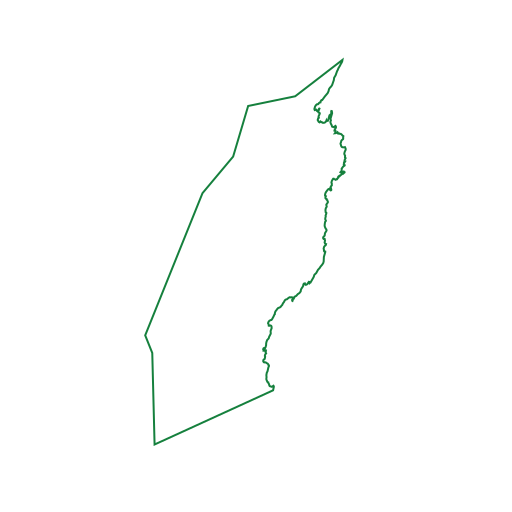 the district of Sveitarfélagið Vogar, Suðurnes, Iceland, rotated 117°
{"feature_id": "244011B53257850023541", "entity_name": "Sveitarfélagið Vogar", "entity_type": "district", "adm_level": 2, "iso_a3": "ISL", "parent_name": "Iceland", "parent_adm1": "Suðurnes", "projection": "natural_earth1", "projection_center": [-22.291, 63.982], "detail": "fine", "context": "isolated", "style": "outline", "palette": "green", "viewbox_px": 512, "rotation_deg": 117, "n_neighbors": 0, "source": "geoboundaries", "source_scale": "gbopen_adm2", "svg_char_len": 5959}
<svg xmlns="http://www.w3.org/2000/svg" viewBox="0 0 512 512"><g transform="rotate(117 256 256)"><path d="M367.9,179.8L364.5,180.7L364.0,181.0L363.7,181.6L365.1,182.3L365.4,182.6L365.6,184.2L365.7,184.6L365.5,185.1L364.7,185.9L364.3,186.1L363.7,187.2L363.0,187.7L363.1,188.3L363.0,188.7L361.4,190.6L360.8,191.0L359.2,191.6L357.4,192.7L355.1,193.4L353.5,193.4L349.6,194.4L348.1,194.5L347.8,194.7L347.7,195.2L347.4,195.5L347.2,195.5L346.6,196.7L346.6,197.8L346.4,198.6L346.4,198.9L346.6,199.4L346.6,199.8L347.0,200.2L347.1,200.8L346.9,201.0L346.7,201.6L346.3,201.9L345.2,202.2L344.7,202.1L344.1,201.6L343.5,201.6L341.6,202.1L341.1,202.7L340.5,202.9L339.6,203.1L338.1,202.8L337.6,203.6L336.9,204.0L336.0,204.0L335.8,204.2L336.3,204.5L336.0,204.9L336.5,205.2L336.6,205.7L336.8,206.1L335.8,206.2L335.4,206.3L335.4,206.6L335.9,206.7L336.1,206.9L336.1,207.1L335.1,207.4L334.7,207.3L334.3,207.0L334.2,206.4L334.0,206.1L332.9,206.1L330.9,206.5L329.2,207.3L327.7,207.7L325.8,207.9L324.8,207.6L323.6,207.3L322.1,207.6L318.6,207.6L318.1,207.8L316.5,208.8L315.9,209.0L313.2,209.3L311.7,210.2L311.3,210.8L311.3,211.6L311.7,212.1L312.1,212.4L312.3,213.0L311.2,213.7L310.5,214.7L309.7,214.9L308.6,214.9L307.5,214.6L306.4,213.8L306.1,213.3L305.3,213.0L301.9,212.9L299.9,213.0L299.2,212.8L298.6,213.2L297.0,213.5L296.2,213.5L295.0,213.2L294.0,213.1L292.4,212.7L290.8,211.3L289.9,210.9L289.0,210.8L287.7,210.4L286.0,210.5L284.4,210.2L282.7,210.2L281.8,210.0L281.3,209.7L280.5,208.8L278.8,208.1L277.9,207.6L277.4,207.2L277.3,206.6L276.8,206.0L276.4,204.9L276.4,204.7L276.6,204.4L277.4,203.8L277.6,203.6L277.6,203.4L277.0,203.0L274.7,203.1L273.2,202.0L271.1,201.5L269.3,200.5L267.3,200.1L265.8,200.6L264.5,200.7L262.0,200.4L261.3,200.4L259.7,200.9L259.0,200.8L258.6,200.6L258.2,200.0L259.0,199.4L259.1,199.1L259.1,198.5L258.1,197.7L257.5,197.5L255.0,197.2L254.9,196.8L255.1,196.6L256.1,196.4L256.2,196.0L255.3,195.8L255.1,195.7L254.9,195.4L249.3,195.1L248.1,195.1L246.8,195.4L246.1,195.4L243.9,194.6L240.2,194.5L237.7,193.8L236.2,193.7L233.7,193.1L231.8,192.9L230.2,193.2L226.0,195.1L220.9,196.1L220.6,196.3L221.0,197.1L220.6,197.8L220.0,198.0L218.7,199.1L216.9,199.5L215.8,199.3L214.7,198.8L213.6,199.0L213.7,199.4L213.6,200.0L212.8,201.0L210.9,201.5L210.5,202.0L209.7,202.4L209.6,202.6L210.1,203.5L209.7,204.2L209.2,204.5L208.3,204.6L207.2,204.2L206.8,204.1L206.2,204.2L205.3,204.6L204.2,204.9L201.8,204.7L201.0,204.8L200.3,205.5L200.0,206.3L198.7,207.9L198.0,208.5L197.2,208.9L195.6,209.5L194.1,209.9L193.1,209.7L192.9,209.7L191.8,211.0L190.9,211.4L188.9,211.9L188.5,212.3L188.2,212.4L186.4,212.6L185.9,212.8L185.6,212.9L185.5,213.2L185.5,213.6L185.4,213.8L183.5,215.0L181.8,215.5L180.0,215.4L179.6,215.6L178.9,216.3L178.2,216.7L176.4,216.4L175.2,216.4L174.9,216.8L173.9,217.8L173.9,218.1L173.8,218.5L173.2,218.9L173.3,219.4L173.0,220.3L172.2,220.8L171.0,220.9L171.0,221.6L170.8,221.9L170.5,222.1L169.4,222.5L167.9,222.7L166.8,222.6L164.1,222.1L163.5,221.8L162.9,221.2L163.0,220.6L163.4,220.3L163.3,219.9L163.6,219.4L163.3,219.2L163.2,218.9L162.9,218.9L161.8,219.8L162.4,220.3L162.1,220.5L161.7,220.7L160.0,220.9L158.7,220.5L156.8,221.5L156.6,221.9L156.2,222.2L154.7,222.5L152.6,222.4L152.1,222.3L151.8,221.8L152.0,221.3L151.9,220.6L151.8,220.1L152.0,219.7L151.9,219.5L151.3,219.3L150.8,219.0L150.7,218.6L149.7,218.6L149.0,218.3L148.4,218.7L147.6,218.6L146.8,218.2L147.1,217.8L146.9,217.7L146.5,217.7L143.9,216.5L143.4,216.1L143.3,215.8L143.0,215.7L142.1,215.4L141.6,215.1L141.1,215.1L141.0,215.5L142.5,215.9L141.5,216.1L141.5,216.3L142.1,216.4L143.0,216.3L143.2,216.5L143.3,217.0L142.4,217.1L142.9,217.4L142.9,217.5L142.6,218.0L142.5,218.3L143.1,218.6L143.1,218.8L142.8,218.8L141.7,218.5L141.1,218.4L140.2,218.8L139.5,219.3L138.2,219.2L136.6,218.9L135.1,218.1L134.8,218.2L134.8,219.2L134.6,219.4L133.4,219.7L132.3,219.6L132.6,219.9L132.6,220.0L130.6,220.3L130.4,220.6L128.1,220.6L127.9,221.4L126.1,222.2L125.4,223.3L124.5,223.9L122.6,224.3L120.8,224.3L120.1,224.6L119.5,225.0L118.6,226.2L119.1,226.7L119.7,227.9L119.9,228.8L119.7,229.5L119.1,230.3L118.7,230.5L118.2,231.1L117.7,231.6L117.3,231.8L116.1,231.9L114.6,232.3L113.7,232.1L112.4,231.5L112.0,231.5L111.2,232.0L109.5,232.6L109.4,233.4L109.4,233.7L108.9,234.7L108.7,235.9L109.1,236.7L109.0,237.6L109.7,238.3L109.5,238.9L108.8,239.3L108.7,239.5L109.4,239.7L110.1,240.6L110.4,240.8L110.8,241.4L110.1,241.3L108.5,241.8L108.4,242.0L108.6,242.4L108.7,243.0L107.3,243.3L106.7,243.1L105.2,243.1L104.6,243.4L104.1,244.0L104.0,244.3L105.4,244.9L105.9,245.2L105.9,245.8L106.2,246.5L106.2,246.9L104.8,248.3L104.2,249.3L103.2,250.3L102.5,250.7L101.2,250.8L100.0,251.9L94.2,253.0L92.5,254.2L92.6,254.7L92.8,254.7L92.9,254.1L93.5,253.7L94.1,253.8L95.0,254.4L94.1,253.6L94.7,253.4L94.9,253.1L99.2,252.3L99.4,252.3L99.5,252.6L99.4,252.7L98.3,253.2L98.7,254.0L97.3,254.2L96.5,253.9L96.3,254.0L97.3,254.4L102.8,253.3L103.4,254.0L103.6,254.5L103.3,254.8L104.3,254.7L105.4,255.0L106.2,255.6L107.0,256.8L106.8,257.7L107.1,258.3L106.9,258.8L107.0,259.3L106.9,259.7L107.8,259.8L108.1,260.0L108.0,261.0L107.7,261.5L106.8,262.8L105.0,263.1L104.7,262.8L104.2,262.8L103.7,263.4L102.9,263.7L101.1,263.7L101.0,263.8L100.0,263.9L99.7,264.2L99.7,265.6L99.5,265.8L98.3,266.2L95.9,266.4L95.9,266.6L96.1,266.7L98.6,266.6L99.0,266.9L99.1,267.3L99.0,267.8L98.2,268.8L98.4,269.4L98.8,269.4L99.3,269.9L98.7,270.6L98.3,270.8L96.0,271.2L94.5,271.1L93.2,270.6L93.1,270.3L92.8,270.1L92.6,269.7L91.9,269.4L91.3,269.4L90.6,269.1L90.3,268.9L89.9,268.3L88.9,268.6L87.6,268.5L87.3,268.4L87.1,268.1L87.1,267.9L86.9,267.8L82.6,267.1L78.3,266.1L76.2,266.2L74.2,266.7L72.4,266.5L70.9,266.0L69.1,265.8L64.0,266.5L61.7,267.3L58.9,267.1L55.1,267.6L54.3,267.7L53.6,267.6L51.3,267.8L48.4,267.6L46.0,267.6L45.2,267.5L44.3,267.5L43.3,267.6L42.0,268.0L95.9,293.6L125.9,331.1L177.8,321.5L224.3,332.2L377.0,318.7L389.5,304.4L470.0,260.8L367.9,179.8ZM278.8,203.9L279.5,203.3L279.5,203.1L278.7,203.2L277.8,203.8L278.8,203.9Z" fill="none" stroke="#15803d" stroke-width="2"/></g></svg>